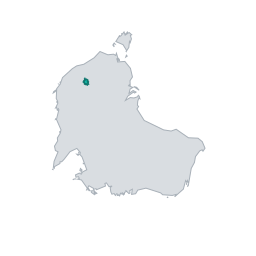 Coonamble, New South Wales, Australia (highlighted), rotated 216°
{"feature_id": "25037944B2591711256956", "entity_name": "Coonamble", "entity_type": "district", "adm_level": 2, "iso_a3": "AUS", "parent_name": "Australia", "parent_adm1": "New South Wales", "projection": "mercator", "projection_center": [148.081, -30.867], "detail": "fine", "context": "in_parent", "style": "filled", "palette": "teal", "viewbox_px": 256, "rotation_deg": 216, "n_neighbors": 0, "source": "geoboundaries", "source_scale": "gbopen_adm2", "svg_char_len": 4672}
<svg xmlns="http://www.w3.org/2000/svg" viewBox="0 0 256 256"><g transform="rotate(216 128 128)"><path d="M168.2,57.6L170.6,67.6L173.5,67.1L176.8,70.1L177.3,76.2L179.3,78.4L179.8,84.2L181.2,87.2L190.9,92.9L194.7,102.2L195.8,102.7L196.0,101.1L198.1,102.8L198.4,101.9L199.3,106.7L200.6,108.2L203.4,109.7L208.8,117.9L208.6,123.5L210.6,130.3L207.9,143.3L206.0,148.1L201.2,153.6L196.7,164.8L195.6,173.4L187.3,175.4L183.1,179.2L180.6,179.5L181.3,181.7L177.2,178.5L177.8,177.8L177.5,177.0L176.8,177.0L175.4,178.4L174.5,177.5L176.1,176.2L175.2,175.3L169.7,180.0L161.1,177.7L154.4,171.9L154.2,167.5L151.1,163.5L152.4,163.7L152.4,162.5L147.9,163.7L149.2,160.7L147.5,156.5L145.9,161.3L142.6,161.8L143.2,160.2L144.7,160.2L146.9,153.6L146.3,148.8L144.1,153.9L140.8,155.8L138.6,158.9L138.9,160.5L137.6,160.3L135.5,158.6L136.8,158.5L135.9,155.5L133.8,152.0L132.1,151.6L131.9,148.6L119.3,143.6L98.1,147.4L91.3,150.9L88.3,155.3L73.4,155.6L65.4,160.9L59.9,160.6L53.8,156.9L53.7,153.3L55.2,153.9L56.5,151.7L56.6,144.5L54.0,139.2L53.1,132.5L46.4,118.9L49.0,120.4L47.4,116.3L48.5,118.7L50.5,119.4L47.3,111.1L49.8,99.8L50.2,102.4L52.5,99.5L60.7,94.4L63.5,94.7L78.1,89.9L83.6,83.5L83.2,79.3L86.1,76.4L88.5,81.0L89.8,78.4L88.2,76.6L88.7,75.5L93.4,76.2L91.9,75.8L92.9,74.0L92.1,72.4L94.6,72.2L93.7,71.0L95.8,70.8L95.1,69.1L96.9,67.2L97.0,68.3L98.5,68.2L98.6,66.0L100.7,66.8L102.1,65.0L104.3,66.2L107.4,69.3L106.8,71.7L108.9,69.4L113.2,70.9L114.1,69.6L112.1,67.8L117.2,59.6L118.2,60.1L119.9,58.0L120.5,58.9L125.7,58.3L125.5,56.3L122.1,54.9L122.6,54.4L135.1,58.6L138.7,57.0L137.8,58.6L139.4,59.5L141.2,57.6L142.9,59.2L140.9,62.9L138.7,63.2L138.9,65.8L136.8,70.0L148.2,77.6L151.3,78.3L152.2,80.2L157.4,81.4L161.0,74.8L161.3,65.3L161.8,61.7L163.1,60.8L162.2,59.2L165.3,52.4L168.2,57.6ZM174.5,189.8L181.0,192.5L188.7,190.8L189.2,198.2L188.7,196.8L187.9,198.4L187.7,203.4L184.9,201.4L183.2,205.9L179.8,205.6L180.5,204.3L177.6,202.1L176.4,198.3L177.7,198.9L174.7,193.7L174.5,189.8ZM116.2,54.4L119.8,54.4L120.9,55.4L118.5,57.5L116.2,54.4ZM141.2,165.1L147.7,164.9L144.9,166.0L141.2,165.1ZM141.9,65.3L142.7,67.3L140.4,67.0L140.8,65.5L141.9,65.3ZM208.4,117.0L208.3,114.5L209.1,112.4L209.5,113.9L208.4,117.0ZM186.8,185.5L189.0,186.2L189.1,187.2L186.8,185.5ZM115.9,55.0L117.1,57.0L114.8,56.9L115.9,55.0ZM172.1,186.0L170.9,185.7L171.5,184.0L172.1,186.0ZM154.1,76.7L153.0,77.3L151.9,77.7L152.4,76.5L154.1,76.7ZM46.3,118.3L45.5,117.1L45.4,116.0L45.5,115.9L46.3,118.3ZM188.6,188.1L189.4,188.8L187.8,188.3L188.6,188.1ZM200.1,107.1L201.0,107.1L200.9,108.1L200.1,107.1ZM180.1,84.1L181.1,84.7L180.9,85.1L180.1,84.1ZM184.9,204.1L185.0,205.3L184.2,204.9L184.9,204.1ZM209.9,124.5L209.9,125.9L209.9,124.5ZM125.3,54.3L124.8,53.8L125.1,53.5L125.3,54.3ZM142.1,54.4L141.2,55.4L142.2,53.7L142.1,54.4ZM210.0,122.8L209.6,123.3L209.9,122.8L210.0,122.8ZM143.4,73.1L142.9,73.3L143.1,72.8L143.4,73.1ZM140.2,65.2L139.5,65.3L139.9,64.7L140.2,65.2ZM55.5,94.5L55.3,95.4L55.0,95.3L55.5,94.5ZM164.2,51.9L164.2,52.6L163.9,52.1L164.2,51.9ZM176.8,177.4L177.0,178.0L176.7,177.8L176.8,177.4ZM141.0,55.7L139.8,56.4L141.0,55.6L141.0,55.7ZM95.2,68.1L94.7,68.6L95.0,68.0L95.2,68.1ZM185.3,203.2L184.9,203.4L185.2,203.0L185.3,203.2ZM153.5,79.2L152.9,79.1L153.2,78.7L153.5,79.2ZM92.8,71.8L92.4,72.1L92.4,71.4L92.8,71.8ZM188.5,200.6L187.9,200.9L188.1,200.3L188.5,200.6ZM164.6,50.1L164.6,50.5L164.2,50.3L164.6,50.1ZM176.5,178.1L177.0,178.7L176.1,178.5L176.5,178.1ZM192.0,92.8L191.6,92.8L191.8,92.3L192.0,92.8ZM195.6,101.0L195.4,101.0L195.6,100.5L195.6,101.0ZM174.7,188.9L174.6,189.4L174.4,188.8L174.7,188.9Z" fill="#d9dde1" stroke="#a8b0b8" stroke-width="1"/><path d="M186.3,138.9L186.2,138.9L186.2,139.0L186.1,139.3L186.1,139.5L186.0,139.8L186.0,140.0L185.9,140.1L185.8,140.3L186.6,140.5L186.7,140.9L186.8,141.2L187.0,141.1L187.3,141.2L187.3,141.3L187.5,141.4L187.5,141.5L187.8,141.7L187.7,141.9L187.8,141.9L187.7,142.1L187.8,142.1L188.0,142.4L188.2,142.5L188.3,142.5L188.6,142.9L188.7,143.1L188.9,143.1L189.0,143.1L189.4,143.1L189.7,142.9L189.8,143.0L190.2,143.1L190.3,143.0L190.3,142.8L190.3,142.6L190.5,142.5L190.8,142.5L190.9,142.4L191.0,142.4L191.3,142.4L191.5,142.5L191.8,142.6L192.0,142.7L192.0,142.4L191.9,142.4L191.7,142.3L191.7,142.2L191.6,141.9L191.5,141.7L191.2,141.4L191.2,141.2L191.3,140.9L191.3,140.7L191.2,140.7L191.4,140.4L191.2,140.3L191.0,140.1L191.2,139.0L190.8,139.0L190.5,139.0L190.4,139.2L190.4,139.3L190.2,139.2L189.7,138.9L189.6,138.7L189.4,138.5L189.4,138.4L189.0,138.0L188.9,138.0L188.7,138.2L188.7,138.4L188.7,138.6L188.3,138.9L188.2,138.8L188.2,138.7L187.8,138.5L187.8,138.4L187.7,138.4L187.7,138.5L187.3,138.7L187.2,138.8L187.2,139.1L186.6,139.0L186.3,138.9Z" fill="#14b8a6" stroke="#0f766e" stroke-width="1.5"/></g></svg>